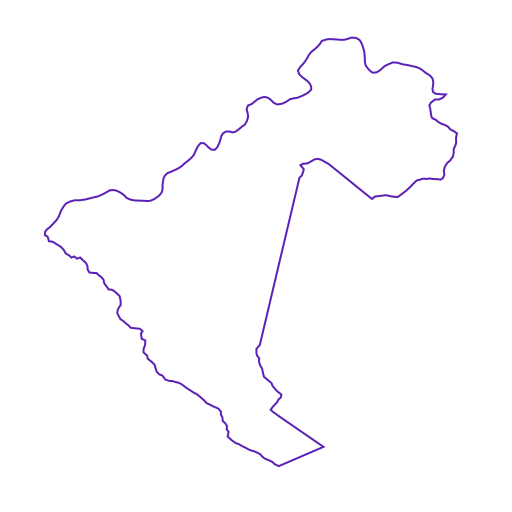 outline of Várzea Grande, Mato Grosso, Brazil, rotated 266°
{"feature_id": "56859067B85246185509081", "entity_name": "Várzea Grande", "entity_type": "district", "adm_level": 2, "iso_a3": "BRA", "parent_name": "Brazil", "parent_adm1": "Mato Grosso", "projection": "robinson", "projection_center": [-56.271, -15.559], "detail": "fine", "context": "isolated", "style": "outline", "palette": "violet", "viewbox_px": 512, "rotation_deg": 266, "n_neighbors": 0, "source": "geoboundaries", "source_scale": "gbopen_adm2", "svg_char_len": 4204}
<svg xmlns="http://www.w3.org/2000/svg" viewBox="0 0 512 512"><g transform="rotate(266 256 256)"><path d="M228.4,114.6L225.4,117.2L220.8,117.8L216.7,117.6L212.5,114.5L208.9,113.6L206.5,114.5L202.6,116.3L199.9,119.6L197.4,122.0L195.4,124.2L193.1,126.0L192.2,130.9L191.5,135.2L188.9,137.6L186.6,135.8L184.2,136.0L181.4,136.2L179.5,139.7L175.2,139.2L170.8,137.3L167.6,137.1L164.2,140.5L161.2,140.8L157.9,144.3L154.7,147.2L150.9,148.0L147.6,148.9L144.7,151.2L143.3,154.2L139.1,157.0L137.4,160.8L137.1,163.9L135.9,166.7L135.0,169.9L133.4,172.6L129.3,177.4L126.3,181.4L123.8,184.7L122.2,187.4L120.0,189.8L115.5,194.3L112.7,196.4L111.2,199.2L108.7,203.3L106.4,207.8L103.2,210.2L100.3,209.9L97.6,211.2L93.7,211.3L91.5,213.5L88.3,215.3L85.4,214.6L82.4,216.4L78.0,215.1L73.8,219.0L70.9,222.5L69.5,225.8L67.5,228.6L65.8,231.6L63.0,236.0L61.1,240.9L59.4,244.0L58.0,246.4L55.6,248.1L53.3,250.6L51.7,253.9L49.5,257.9L47.1,260.0L44.8,264.1L60.9,310.0L93.7,268.8L97.3,264.5L99.5,261.8L101.6,259.9L104.2,262.1L108.5,266.7L111.6,268.6L113.0,270.8L116.0,271.7L119.6,267.7L125.1,263.5L128.1,262.6L130.3,260.3L135.0,255.5L139.1,254.8L143.3,254.2L146.2,252.7L150.0,251.6L153.7,252.1L156.2,250.3L159.0,249.6L163.4,250.0L167.0,253.6L241.7,276.9L331.0,304.8L333.0,307.2L336.0,308.7L339.3,309.7L343.5,306.6L344.8,309.3L344.7,313.6L346.5,317.4L348.3,321.2L348.6,324.3L347.5,327.7L342.4,335.3L339.0,338.9L320.7,358.6L318.3,361.1L304.8,375.7L307.0,378.8L307.6,389.8L305.9,395.7L304.9,401.3L306.8,404.5L310.6,410.3L314.3,414.8L317.4,418.3L320.1,421.5L320.8,425.3L321.5,428.2L321.0,431.2L321.2,434.8L320.4,438.0L320.0,442.4L319.3,445.4L320.6,447.8L323.8,449.6L327.9,449.3L331.7,450.5L335.3,453.1L337.8,456.4L341.5,459.4L345.5,460.5L349.3,460.7L351.4,462.2L354.5,463.5L360.0,463.8L364.3,465.0L366.5,462.4L368.8,458.6L371.7,456.5L373.7,453.3L374.8,450.5L376.7,447.5L379.4,444.7L381.2,441.4L383.9,440.5L387.8,440.3L390.9,440.1L394.2,439.4L396.8,441.2L399.6,445.3L399.4,449.6L401.1,453.8L404.0,456.6L404.4,452.0L405.4,446.3L407.4,444.0L410.2,443.7L413.6,444.5L416.9,445.0L420.4,444.6L423.0,442.9L425.2,440.5L426.7,438.2L429.1,435.7L431.5,432.7L433.2,429.4L434.4,425.5L435.8,420.9L436.7,416.8L437.6,414.0L438.8,411.1L439.6,406.2L438.0,401.4L436.4,397.5L434.6,395.2L432.9,393.0L430.9,389.5L430.6,385.4L432.1,383.4L434.4,381.3L438.2,378.8L441.6,378.2L445.3,378.3L448.8,378.3L451.4,378.3L454.3,377.9L458.1,377.0L461.9,375.7L464.3,374.3L466.6,371.0L467.2,366.3L466.1,362.3L465.6,359.5L465.6,356.6L466.3,352.1L466.8,348.2L467.2,344.9L467.2,341.8L466.0,336.7L463.2,334.6L460.5,332.0L458.0,328.6L455.8,325.5L453.1,322.9L449.6,320.7L447.2,318.9L444.1,316.2L441.4,313.2L438.2,310.8L434.6,311.7L431.3,314.4L427.1,319.4L423.9,321.9L421.0,322.8L418.1,322.7L415.2,319.2L413.5,315.5L412.0,311.8L410.9,308.0L410.7,305.1L410.1,301.0L407.7,296.8L406.1,292.6L405.7,287.6L407.8,284.1L410.6,281.8L412.9,279.2L414.1,275.8L413.6,272.3L412.1,268.3L409.5,264.5L407.9,262.2L406.7,258.5L403.3,256.9L399.3,257.6L395.7,257.9L391.4,256.4L387.9,254.1L386.0,251.0L383.1,246.9L381.5,244.3L380.9,241.6L382.1,237.9L382.2,234.5L380.7,231.7L378.1,229.8L375.1,228.8L370.9,227.1L366.9,224.7L364.8,222.3L365.3,218.8L367.7,216.2L369.7,214.5L372.1,212.0L372.5,208.6L369.3,205.5L364.9,203.0L361.4,201.2L359.3,199.2L357.3,197.0L355.0,193.7L353.1,190.9L350.9,188.2L349.1,185.1L347.6,181.6L346.1,177.4L344.8,173.3L342.7,170.9L340.0,169.2L336.8,168.4L332.9,167.7L329.1,167.4L325.9,166.3L322.9,163.5L319.9,158.5L318.5,154.8L318.4,151.9L319.0,147.1L319.4,143.4L319.9,138.7L321.0,134.7L322.9,131.1L326.0,128.5L328.5,125.5L330.8,121.7L331.8,118.3L331.7,114.8L329.9,111.0L328.2,107.3L326.4,102.4L325.8,98.0L325.1,94.3L324.3,89.8L323.9,84.4L324.2,79.0L323.4,74.5L321.8,70.5L319.9,68.4L317.5,66.6L314.7,64.6L312.2,63.4L309.8,62.4L306.8,60.4L304.4,58.2L302.0,55.5L299.1,52.3L297.1,49.3L294.8,47.3L291.4,47.0L290.0,49.3L287.7,50.0L285.2,50.4L284.4,54.2L281.4,58.3L278.7,62.0L275.7,64.5L271.8,66.4L269.4,69.8L267.3,71.8L268.2,74.8L265.8,77.2L266.8,80.4L263.9,83.0L260.9,85.9L257.5,87.2L254.3,87.1L251.2,88.6L250.4,92.6L250.2,95.6L247.7,97.9L245.7,100.3L243.1,102.2L239.1,102.8L235.9,104.9L232.9,106.7L232.5,109.6L230.9,112.1L228.4,114.6Z" fill="none" stroke="#5b21b6" stroke-width="2"/></g></svg>